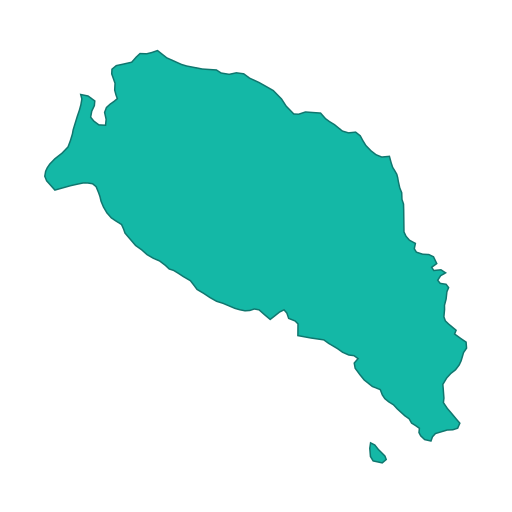 outline of Guimarães, Maranhão, Brazil, rotated 93°
{"feature_id": "56859067B67184949863707", "entity_name": "Guimarães", "entity_type": "district", "adm_level": 2, "iso_a3": "BRA", "parent_name": "Brazil", "parent_adm1": "Maranhão", "projection": "equal_earth", "projection_center": [-44.642, -2.155], "detail": "fine", "context": "isolated", "style": "filled", "palette": "teal", "viewbox_px": 512, "rotation_deg": 93, "n_neighbors": 0, "source": "geoboundaries", "source_scale": "gbopen_adm2", "svg_char_len": 2849}
<svg xmlns="http://www.w3.org/2000/svg" viewBox="0 0 512 512"><g transform="rotate(93 256 256)"><path d="M200.7,460.3L195.5,444.9L193.6,438.1L192.1,432.4L191.9,427.7L192.4,423.0L195.1,419.3L201.2,416.4L204.9,414.9L209.4,413.6L215.0,410.9L220.8,407.1L225.5,402.5L228.1,398.2L231.6,391.9L236.1,389.6L240.0,388.0L243.8,384.4L247.7,380.7L251.8,376.8L255.8,370.5L260.3,364.9L263.7,358.3L266.0,352.0L270.1,346.0L273.5,342.0L274.7,337.5L277.3,332.7L280.3,327.6L284.1,320.2L288.4,316.5L292.5,313.1L296.1,306.2L299.9,299.8L303.3,293.0L305.0,286.4L309.4,274.3L310.5,269.5L311.3,264.1L310.7,259.3L309.0,254.9L309.6,250.1L314.1,244.5L318.6,238.5L315.4,234.8L310.7,229.5L308.3,225.2L311.4,222.2L316.6,220.1L318.8,213.6L321.6,210.5L333.3,210.0L335.0,197.0L336.2,183.9L339.5,178.8L344.2,169.8L347.6,164.5L350.0,158.2L350.4,152.9L353.1,148.7L357.8,152.3L362.9,151.1L369.1,146.0L374.2,141.4L380.2,133.0L382.9,124.9L388.1,122.6L391.7,119.9L394.7,115.8L397.4,110.9L401.3,106.9L407.8,99.0L410.6,94.5L414.7,91.9L416.8,88.1L419.5,83.8L423.8,84.0L427.0,82.1L430.5,78.0L431.6,71.6L427.3,70.3L423.9,67.5L419.8,56.1L419.2,50.3L417.4,45.6L412.3,43.7L408.1,47.7L403.0,52.4L398.3,56.9L392.6,61.2L388.1,60.9L379.5,62.0L374.4,62.7L367.7,59.1L363.1,55.3L359.2,50.8L354.2,47.4L350.0,45.7L345.9,44.7L341.6,43.7L337.0,40.9L331.0,41.7L327.8,47.0L323.5,53.6L319.7,52.3L313.8,60.2L310.9,63.5L306.9,65.2L299.6,64.9L295.3,65.2L289.0,63.9L281.7,63.5L277.5,62.0L274.3,64.7L273.7,70.6L270.7,73.3L266.0,70.6L262.9,65.8L260.1,70.6L261.2,77.7L258.1,80.0L254.1,75.1L247.5,78.7L245.5,83.5L245.5,89.6L243.8,96.0L240.5,98.3L235.1,97.5L232.2,103.6L228.5,107.2L224.2,109.5L202.6,110.9L196.4,111.4L191.9,113.2L185.2,113.8L180.5,116.0L174.0,117.8L170.4,118.6L167.0,119.7L163.6,121.9L160.3,124.2L155.9,125.9L149.5,128.0L150.6,135.6L148.6,141.4L145.0,146.6L139.9,152.1L135.1,155.4L130.5,158.2L127.1,163.0L128.2,170.1L126.7,176.3L123.3,181.0L120.8,184.4L117.8,189.9L115.2,193.8L109.9,199.0L109.6,214.2L112.2,220.9L112.2,225.7L104.7,233.8L97.9,238.7L89.9,247.4L82.6,262.0L78.8,271.6L74.7,277.8L74.1,285.2L76.0,292.3L75.1,300.4L72.3,305.3L72.1,319.4L69.9,335.2L68.6,340.5L62.8,355.5L56.0,365.1L58.3,370.8L59.8,375.8L59.9,382.4L63.5,385.9L69.0,390.3L71.5,399.2L73.2,405.5L77.0,409.6L81.7,409.6L90.9,405.8L97.7,405.8L102.6,404.2L106.1,402.7L109.0,405.8L111.8,409.4L115.5,413.1L120.5,414.7L127.4,412.8L133.3,413.1L133.3,419.8L129.7,425.1L126.0,428.4L119.9,427.6L114.3,425.3L109.6,425.1L105.0,432.1L103.9,439.5L108.3,438.1L114.2,438.8L119.7,440.0L126.0,441.8L135.2,444.1L139.7,445.2L143.7,445.7L150.6,447.4L156.9,449.4L163.4,455.0L169.4,461.9L174.9,466.7L178.7,469.0L182.4,470.5L187.4,471.1L191.9,469.0L194.7,466.2L200.7,460.3ZM450.3,131.2L454.5,128.3L456.0,119.1L452.4,115.3L449.0,116.8L442.8,123.7L438.5,127.5L436.6,131.8L442.1,132.3L450.3,131.2Z" fill="#14b8a6" stroke="#0f766e" stroke-width="1.5"/></g></svg>